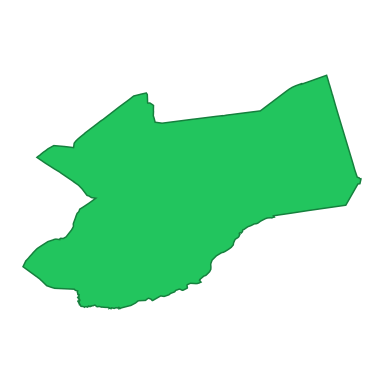 Jaunbērzes pag., Dobele, Latvia
{"feature_id": "27541924B28590745616042", "entity_name": "Jaunbērzes pag.", "entity_type": "district", "adm_level": 2, "iso_a3": "LVA", "parent_name": "Latvia", "parent_adm1": "Dobele", "projection": "robinson", "projection_center": [23.387, 56.756], "detail": "fine", "context": "isolated", "style": "filled", "palette": "green", "viewbox_px": 384, "rotation_deg": 0, "n_neighbors": 0, "source": "geoboundaries", "source_scale": "gbopen_adm2", "svg_char_len": 5366}
<svg xmlns="http://www.w3.org/2000/svg" viewBox="0 0 384 384"><path d="M23.0,266.7L39.7,278.9L41.3,280.5L41.5,280.6L46.7,285.7L51.6,287.4L54.7,288.3L68.1,288.9L74.3,289.2L75.3,290.3L77.7,291.0L77.5,291.5L77.4,292.1L77.4,292.5L77.7,293.2L77.8,293.9L77.8,294.4L77.9,294.5L78.3,294.4L78.5,294.4L78.6,294.6L78.9,294.6L79.0,294.7L78.9,294.8L78.7,294.9L78.7,295.0L78.8,295.1L79.0,295.1L78.9,295.6L79.0,296.0L78.8,296.3L78.8,296.5L78.4,296.5L78.4,297.0L78.0,297.2L77.9,297.3L78.3,297.6L78.2,297.7L78.0,297.8L78.2,298.0L78.5,298.0L78.8,298.1L78.7,298.3L78.6,298.7L78.9,298.8L78.8,299.0L79.3,299.2L79.5,299.3L79.6,299.7L79.7,299.8L79.8,300.2L79.4,300.3L79.5,300.6L79.4,300.8L79.4,301.0L78.3,300.9L78.1,300.9L78.0,301.0L78.2,301.3L78.0,301.6L78.2,301.8L78.4,301.6L78.7,301.6L78.9,301.8L79.1,301.9L79.2,302.2L79.2,302.4L78.8,303.0L79.0,303.3L79.4,303.5L79.5,303.6L79.7,303.9L79.5,304.1L79.7,304.3L79.5,304.5L79.5,304.8L80.4,305.1L80.5,305.3L80.7,306.0L81.1,306.3L81.3,306.4L81.6,306.4L82.5,306.4L83.4,306.7L83.9,306.8L84.5,307.2L84.7,306.9L84.9,306.8L85.2,306.7L85.8,306.7L86.2,306.7L86.6,306.7L87.0,307.0L87.5,307.1L87.5,306.9L87.9,306.5L88.2,306.4L88.4,306.0L88.7,306.0L88.8,306.1L88.8,306.3L89.1,306.5L89.3,306.5L89.5,306.5L89.9,306.3L90.1,306.3L90.3,306.3L90.5,306.5L90.7,306.4L90.5,306.2L90.9,306.0L91.0,306.0L91.6,306.1L91.8,306.0L92.0,305.7L92.7,305.7L93.2,305.7L93.5,305.6L93.8,305.4L94.5,305.1L95.5,305.4L95.9,305.9L96.8,306.6L97.2,306.7L98.0,306.7L99.0,306.4L99.4,306.5L100.5,306.8L101.3,307.1L102.6,307.1L104.4,307.3L105.3,307.4L106.5,307.4L107.2,307.4L107.9,307.5L108.6,307.5L109.2,307.7L109.4,307.9L109.2,308.4L109.5,308.3L110.1,308.2L110.3,308.2L110.7,308.3L110.9,308.6L111.0,308.7L111.2,308.4L111.4,308.2L111.6,307.8L112.0,307.8L112.7,308.1L113.0,308.1L113.3,308.2L113.7,308.3L114.3,308.4L114.9,308.2L115.1,308.1L115.3,307.9L115.7,307.7L116.0,307.7L116.6,307.7L116.8,307.8L117.2,308.0L118.0,307.7L118.4,307.6L118.5,307.4L118.8,307.3L119.1,307.4L119.2,307.6L119.3,308.1L119.1,308.3L119.4,308.4L119.3,308.6L119.7,308.5L120.2,308.5L120.3,308.3L121.7,307.8L129.8,305.7L130.4,305.6L131.0,305.4L135.5,303.0L138.0,301.0L138.2,300.9L138.6,300.8L139.2,300.7L145.5,300.4L147.3,298.9L148.3,298.3L148.7,298.3L150.9,299.1L151.0,299.2L152.2,300.5L152.7,300.5L157.6,297.7L160.7,295.9L163.7,296.4L164.0,296.4L164.3,296.4L168.9,294.8L170.6,293.4L174.0,292.1L174.7,291.8L174.8,291.6L175.7,290.5L176.1,290.2L177.5,289.8L178.6,289.3L179.6,289.1L180.7,289.5L181.8,290.1L182.3,290.2L182.7,290.3L183.0,290.2L183.3,290.1L187.1,288.2L187.3,288.0L187.4,287.8L187.3,287.2L187.0,285.6L187.1,284.9L187.3,284.7L190.3,283.3L190.8,283.3L195.8,283.6L197.0,283.6L199.4,282.9L199.6,282.7L201.0,282.1L199.5,280.3L200.0,279.8L199.8,279.5L203.8,276.1L205.8,275.4L206.4,274.9L209.6,271.7L210.8,269.3L210.8,269.1L210.9,267.1L210.7,264.3L210.9,263.4L212.1,260.1L216.4,255.8L216.7,255.6L221.2,252.9L222.2,252.5L223.0,252.4L223.5,252.2L224.8,251.6L226.6,250.5L229.0,249.0L229.6,248.5L230.4,248.0L230.5,247.8L231.2,247.4L232.0,246.4L233.2,245.0L233.3,244.8L233.5,243.2L233.6,242.8L235.0,239.6L235.3,239.3L235.9,238.8L237.1,238.1L238.0,237.5L238.8,236.7L239.1,236.1L239.6,234.9L239.9,234.4L239.3,234.0L239.3,233.8L239.3,233.3L240.2,232.6L240.4,232.7L241.3,233.0L241.5,232.6L242.0,232.2L242.5,231.6L242.5,231.4L242.5,230.4L243.1,229.7L243.9,229.5L244.6,229.0L247.9,226.7L250.4,225.8L250.9,225.6L251.8,225.2L252.7,224.7L253.5,224.3L254.3,223.9L255.6,223.7L255.7,223.8L255.9,223.8L257.5,223.3L258.2,222.9L260.2,221.4L261.4,220.7L265.3,218.7L267.0,218.1L268.3,217.9L269.9,217.8L270.7,217.8L271.6,217.9L272.2,217.8L272.8,217.4L273.3,217.3L274.3,217.1L273.5,216.0L273.4,215.8L277.4,215.2L277.8,215.1L290.9,213.2L307.9,210.6L321.9,208.6L345.8,205.2L357.9,184.0L359.9,183.7L361.0,178.9L360.9,178.7L360.6,178.8L360.3,178.8L359.8,178.6L359.6,178.5L359.3,178.1L359.2,177.9L357.2,177.1L354.7,169.7L353.0,163.7L337.5,112.3L335.3,104.9L332.5,94.9L332.3,94.8L331.6,92.0L329.6,85.2L328.8,82.8L328.7,82.2L327.5,78.1L326.6,75.3L301.3,84.3L301.4,83.7L295.9,85.7L293.6,86.7L292.1,87.4L290.5,88.4L289.6,88.9L288.3,89.8L286.9,90.8L260.3,110.9L229.2,114.8L226.2,115.2L226.2,115.3L225.6,115.4L222.3,115.9L222.3,115.7L216.8,116.3L193.6,119.2L193.3,119.2L162.1,123.2L155.1,122.2L154.1,118.2L153.3,115.8L153.5,111.5L153.4,110.4L153.5,105.5L152.8,104.9L149.9,103.0L147.8,103.1L147.7,103.0L147.6,102.8L147.5,99.6L147.3,94.6L146.3,93.0L140.4,94.3L140.2,94.4L133.7,96.0L130.2,98.7L130.2,98.8L119.1,107.0L103.9,118.8L103.2,119.4L101.1,120.7L101.1,120.8L100.8,120.9L97.1,123.8L85.0,133.0L84.6,133.5L80.4,136.9L77.7,139.2L75.7,141.2L74.2,143.2L74.1,143.7L73.6,147.6L64.3,146.5L53.8,145.6L48.0,148.8L45.6,150.7L43.5,152.1L40.9,154.2L40.1,155.0L37.8,156.6L36.9,157.4L45.4,163.2L54.5,169.0L59.9,172.2L60.5,172.7L61.0,173.1L74.0,181.9L73.9,182.0L78.4,185.1L82.1,188.9L87.0,195.4L88.3,195.8L88.8,195.9L91.5,197.6L95.8,198.2L89.1,203.1L83.4,206.9L81.0,208.4L80.0,209.0L79.7,209.2L79.2,210.7L78.9,211.5L78.6,211.9L78.0,212.5L77.1,213.4L76.5,214.9L76.2,215.6L75.2,218.6L73.4,223.4L73.3,224.1L73.3,224.7L73.4,225.0L73.4,226.4L73.3,226.8L71.3,230.4L71.2,230.4L66.1,236.9L63.2,238.5L60.7,238.3L60.1,238.6L59.9,239.0L59.8,239.6L55.9,239.1L54.2,239.4L53.1,239.9L47.9,241.6L40.7,246.2L37.7,248.2L36.6,249.1L33.2,252.6L31.8,254.3L29.5,256.8L28.7,257.9L26.5,260.2L25.6,261.1L25.6,261.3L23.0,266.7Z" fill="#22c55e" stroke="#15803d" stroke-width="1.5"/></svg>